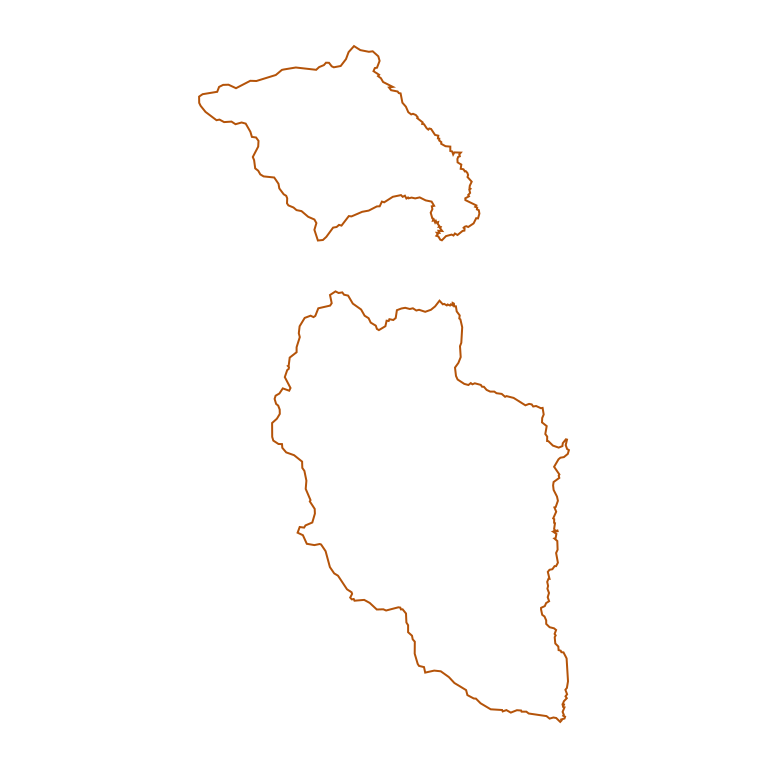 Luwu, Sulawesi Selatan, Indonesia
{"feature_id": "22746128B94521952332625", "entity_name": "Luwu", "entity_type": "district", "adm_level": 2, "iso_a3": "IDN", "parent_name": "Indonesia", "parent_adm1": "Sulawesi Selatan", "projection": "orthographic", "projection_center": [120.247, -3.167], "detail": "fine", "context": "isolated", "style": "outline", "palette": "amber", "viewbox_px": 768, "rotation_deg": 0, "n_neighbors": 0, "source": "geoboundaries", "source_scale": "gbopen_adm2", "svg_char_len": 6074}
<svg xmlns="http://www.w3.org/2000/svg" viewBox="0 0 768 768"><path d="M350.2,597.6L351.8,599.4L353.7,599.0L354.5,600.7L364.2,599.9L369.7,602.9L376.8,609.5L383.3,609.3L386.1,610.5L398.4,607.3L400.3,607.6L400.9,609.4L402.6,609.3L406.0,613.5L406.4,622.5L408.1,625.2L408.1,632.2L412.0,635.7L412.7,639.3L414.8,641.7L414.7,653.7L417.7,663.9L419.0,665.9L424.0,667.1L425.2,672.6L434.2,670.6L440.8,671.3L448.9,677.1L454.4,683.0L466.1,690.1L467.4,695.1L473.8,698.5L475.9,698.6L480.6,703.3L490.7,709.3L502.1,710.0L502.7,711.4L506.4,710.1L510.8,712.6L516.9,710.2L521.1,710.5L521.6,711.7L526.4,711.7L528.7,713.5L546.5,716.1L549.6,718.6L553.4,717.5L556.2,718.0L560.2,721.9L561.6,720.4L561.2,719.5L564.5,718.5L565.1,716.7L563.2,715.7L563.8,714.8L562.6,711.9L564.5,707.3L563.1,706.9L562.7,704.6L565.0,704.7L562.7,704.3L563.9,701.2L566.8,698.2L565.5,696.3L567.1,694.3L565.4,689.8L566.9,687.9L568.0,681.3L566.6,658.4L563.5,652.4L561.4,652.2L560.7,650.7L558.6,650.1L558.3,646.5L555.3,643.5L554.7,637.2L555.7,635.4L554.6,633.9L556.1,630.0L554.0,628.3L549.6,627.2L546.2,623.9L546.2,620.4L544.5,616.5L542.2,614.8L541.0,609.2L541.1,607.8L544.8,606.1L546.1,603.1L549.1,601.2L547.7,597.2L549.0,593.0L547.4,588.7L548.1,585.9L547.2,581.9L548.5,578.7L549.5,578.8L547.8,571.9L549.5,569.8L552.4,569.2L554.6,566.1L556.1,566.1L557.9,562.7L556.1,553.0L557.6,549.7L557.3,541.0L554.4,538.5L555.6,538.1L556.4,533.9L553.4,531.8L557.6,531.2L557.4,530.5L553.0,531.7L555.0,530.2L554.1,528.9L555.0,523.2L554.1,522.8L554.2,519.1L553.2,518.4L556.2,511.7L554.4,507.4L555.7,507.0L557.9,500.8L557.0,496.6L553.6,489.9L553.1,485.4L553.6,482.0L559.3,477.9L558.7,475.6L559.4,474.5L554.1,466.8L558.5,459.3L560.4,457.7L563.9,457.1L567.8,453.9L568.9,450.1L567.1,449.0L565.7,445.1L567.0,439.6L565.9,439.3L562.8,443.2L562.4,446.1L558.7,447.6L552.9,445.6L548.4,441.2L547.1,441.0L547.2,436.6L545.3,434.0L546.7,426.1L542.0,422.4L542.2,418.0L543.7,414.5L542.6,407.9L540.9,408.2L536.1,406.0L533.2,406.5L531.7,404.4L529.1,403.9L525.4,405.3L513.6,397.9L506.5,396.1L505.1,396.8L501.7,393.9L496.5,393.2L494.3,391.6L490.2,391.6L486.6,389.9L483.9,386.8L482.0,386.7L480.8,384.9L474.8,383.3L472.4,384.3L470.8,383.1L468.4,385.0L464.3,383.9L457.6,379.5L456.0,376.0L455.0,367.6L458.4,362.9L460.7,357.1L460.0,346.2L461.3,342.8L462.2,327.2L460.4,319.4L459.3,318.5L459.7,315.4L456.7,311.4L455.9,306.3L454.2,306.3L453.9,303.6L452.6,302.9L452.3,305.2L450.7,304.4L450.0,305.5L447.6,304.5L446.8,305.4L444.2,303.9L442.8,304.3L439.5,300.7L435.1,306.4L430.9,309.8L425.2,311.8L419.1,309.8L416.3,310.5L412.9,308.3L409.8,309.0L405.2,307.8L401.4,308.5L396.9,310.2L395.7,318.0L393.3,320.0L389.4,319.2L388.7,321.0L386.6,320.7L385.4,326.2L378.9,330.1L376.9,328.9L375.8,325.7L370.7,322.6L368.6,318.2L364.6,315.7L361.1,309.5L352.8,303.6L348.1,295.6L344.0,294.7L342.3,292.4L338.6,293.0L335.5,291.4L330.0,295.0L331.7,303.2L330.1,305.6L318.3,308.3L315.3,315.9L313.5,317.1L310.6,315.7L304.7,317.9L299.6,326.3L298.8,333.3L299.8,337.1L296.6,347.2L296.6,352.2L289.7,357.6L288.7,365.6L287.9,366.0L289.0,367.2L288.7,368.9L287.2,370.1L284.8,377.1L290.5,388.0L289.2,390.7L282.8,388.4L279.4,393.5L275.6,395.7L274.6,398.9L276.1,403.9L278.2,405.6L279.7,409.6L279.8,413.9L276.9,418.7L272.1,423.0L272.2,436.9L273.3,440.6L278.5,444.0L282.0,444.1L282.3,447.8L286.2,452.4L294.1,455.2L302.1,461.6L302.3,467.9L304.4,470.9L306.4,480.7L305.7,488.9L310.5,500.1L309.8,501.4L314.7,508.9L314.9,513.6L312.3,522.5L305.5,525.4L304.1,527.6L299.7,527.0L297.6,532.7L302.9,535.2L306.8,543.8L314.4,545.1L319.7,544.0L321.1,544.5L325.6,551.2L329.9,567.1L334.2,573.4L338.0,575.7L347.0,589.3L351.6,592.3L352.1,593.9L350.2,597.6ZM440.2,239.6L441.9,240.3L446.0,236.1L451.6,234.6L453.5,235.5L454.9,233.5L457.5,235.0L462.6,230.9L464.4,230.6L464.6,228.7L463.6,227.8L464.6,226.8L466.3,226.2L468.2,227.0L473.6,223.4L476.2,218.2L478.0,218.4L479.4,213.6L478.8,210.2L476.9,209.4L477.2,207.6L475.2,206.8L476.3,205.4L465.4,200.1L465.3,198.3L469.0,196.3L468.2,195.0L470.1,192.9L469.3,189.6L470.4,188.8L469.5,188.2L469.8,185.7L471.7,181.7L467.5,177.0L468.1,175.0L467.3,172.8L465.7,171.1L464.8,171.4L463.5,169.3L460.7,168.8L461.3,164.6L457.6,162.4L457.4,159.0L458.2,156.9L459.8,156.3L459.3,154.4L460.8,152.6L454.4,152.4L453.2,154.5L452.2,151.5L450.3,151.0L450.3,146.6L445.5,146.2L441.2,143.8L441.3,142.1L439.2,140.5L439.3,138.7L437.9,138.4L438.3,135.7L435.0,134.9L431.1,129.0L429.3,128.5L428.3,129.6L426.7,128.3L424.0,124.2L422.2,123.9L422.7,122.4L417.2,118.1L417.7,117.2L415.8,115.0L413.0,113.8L411.2,114.4L408.3,112.2L405.9,106.7L402.4,102.7L400.6,93.4L398.8,93.1L397.6,91.5L391.1,90.2L389.0,87.5L392.8,86.9L383.1,82.0L380.9,78.2L378.0,76.1L379.1,74.8L373.5,71.2L374.8,68.1L377.0,67.7L379.6,60.9L378.3,56.3L372.7,51.3L368.9,51.8L360.3,50.1L354.0,46.1L348.6,52.1L346.0,59.1L340.7,66.0L333.8,67.3L331.7,66.3L329.0,62.8L326.0,62.7L323.9,65.1L319.1,67.1L316.2,69.8L295.8,67.5L283.7,69.5L281.9,69.9L275.8,75.0L256.4,81.0L250.3,80.8L236.0,88.2L228.5,84.7L223.1,84.9L219.1,86.9L217.2,91.8L202.6,94.2L199.1,96.6L199.2,102.9L200.6,105.8L205.5,111.9L216.5,120.2L219.5,119.6L224.1,122.1L231.5,121.6L235.5,124.2L241.6,122.5L245.7,123.6L250.4,131.8L251.9,136.9L256.1,137.5L258.5,140.9L258.2,146.6L252.8,157.0L254.1,160.1L255.2,168.4L258.2,170.7L260.3,174.4L263.6,176.4L274.2,177.5L278.5,183.8L279.3,188.4L283.7,194.3L286.2,195.8L287.2,198.3L287.0,203.3L288.4,205.4L293.5,207.5L296.5,210.1L301.5,211.1L308.2,216.8L314.4,219.5L316.4,223.1L314.4,229.8L317.9,240.5L322.9,240.0L326.3,236.9L333.1,227.6L336.6,227.0L339.0,224.9L341.5,225.6L348.8,216.1L351.5,216.4L362.2,211.8L368.7,210.6L376.9,206.4L379.7,206.3L381.9,201.6L384.2,202.3L392.8,196.8L401.0,195.1L402.7,196.8L404.9,195.7L406.4,198.5L408.0,197.5L408.5,198.3L411.6,197.6L415.2,198.4L419.7,197.4L425.7,200.4L431.6,201.6L434.1,205.8L431.8,206.3L432.4,209.1L430.7,212.7L432.3,218.3L433.4,218.7L432.9,220.6L434.1,220.2L435.1,222.5L435.9,221.0L436.6,222.6L438.1,222.1L437.7,223.8L439.4,226.1L438.8,226.9L440.7,227.1L440.1,228.2L442.2,231.0L438.5,230.8L439.4,232.9L436.9,232.8L437.8,234.0L436.4,235.8L438.4,236.5L440.2,239.6Z" fill="none" stroke="#b45309" stroke-width="2"/></svg>